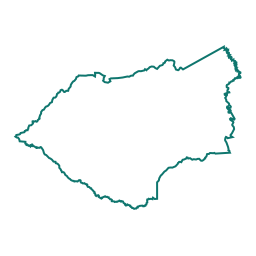 outline of Astrea, Cesar, Colombia
{"feature_id": "7082276B48671387332315", "entity_name": "Astrea", "entity_type": "district", "adm_level": 2, "iso_a3": "COL", "parent_name": "Colombia", "parent_adm1": "Cesar", "projection": "mercator", "projection_center": [-73.95, 9.507], "detail": "fine", "context": "isolated", "style": "outline", "palette": "teal", "viewbox_px": 256, "rotation_deg": 0, "n_neighbors": 0, "source": "geoboundaries", "source_scale": "gbopen_adm2", "svg_char_len": 5758}
<svg xmlns="http://www.w3.org/2000/svg" viewBox="0 0 256 256"><path d="M234.6,118.8L231.1,112.6L229.1,112.8L228.5,112.5L228.5,111.6L230.1,111.3L230.6,110.9L230.7,110.5L230.2,109.9L228.8,109.7L227.9,109.0L227.0,107.8L227.1,106.8L227.4,106.4L227.9,106.4L228.1,107.5L228.7,108.0L230.5,107.7L230.8,106.7L230.3,105.9L229.1,105.0L229.1,103.8L228.7,103.2L226.3,101.1L226.2,99.6L225.2,97.9L226.2,96.6L226.3,96.0L226.0,95.4L224.8,94.9L224.6,94.0L225.4,93.5L227.0,94.4L227.1,92.8L229.3,92.4L229.2,92.1L228.1,92.1L227.4,91.5L227.4,90.2L228.1,89.5L228.4,88.4L228.3,87.9L226.8,87.3L226.6,85.8L226.9,85.0L228.6,84.1L229.3,83.4L229.3,82.5L230.1,82.5L231.4,81.3L231.9,81.4L233.6,80.6L233.3,79.9L234.5,79.2L234.7,78.7L235.1,78.7L235.2,78.2L236.6,78.2L237.5,77.6L237.9,78.1L238.7,77.7L240.0,77.9L240.5,77.6L240.6,77.2L240.1,76.7L239.9,75.8L238.8,75.9L239.4,75.4L238.9,74.6L239.1,73.3L240.3,73.1L240.4,72.4L238.7,71.3L237.7,71.5L237.8,70.7L236.3,70.7L236.4,70.4L237.3,69.8L236.8,68.8L235.9,70.0L235.6,69.7L235.4,68.2L236.5,67.4L235.6,67.1L235.0,66.0L236.1,66.2L236.4,64.9L235.1,64.8L234.6,64.0L235.8,64.0L236.3,63.6L236.4,62.4L236.0,62.2L235.0,62.5L234.6,62.2L236.1,61.0L234.6,61.5L234.6,60.9L233.4,60.6L233.4,59.6L232.0,60.5L231.9,59.5L230.9,59.3L230.9,58.5L231.5,57.9L231.6,57.3L231.3,57.0L230.6,57.6L229.0,57.8L228.9,57.4L229.9,56.5L228.4,55.9L229.9,54.8L228.9,54.3L228.9,52.9L228.6,52.9L228.1,53.7L227.9,52.9L227.1,53.0L226.8,52.4L227.1,51.5L228.2,50.6L228.2,50.0L227.4,50.5L226.5,50.5L226.9,48.9L226.6,48.5L226.0,49.6L225.0,49.8L225.3,49.4L224.6,48.9L224.3,47.5L223.2,47.7L222.5,48.3L223.0,47.2L183.0,69.4L180.8,67.6L180.1,67.8L179.0,69.6L178.1,70.2L175.9,69.5L175.1,67.2L173.7,65.6L174.3,63.1L174.4,61.7L174.1,61.2L172.5,60.3L170.4,60.2L168.9,60.5L167.3,59.7L165.1,61.5L164.9,62.6L164.1,63.1L163.5,63.1L163.4,63.6L162.5,65.0L159.9,65.8L157.1,68.9L155.4,68.1L153.8,66.7L151.6,66.5L149.7,67.2L148.4,68.6L146.9,69.5L146.5,70.2L145.0,69.2L144.3,70.4L141.0,71.2L139.0,71.1L138.0,71.4L134.7,73.3L133.5,74.6L133.0,75.6L131.0,75.7L129.2,76.7L127.4,76.5L122.7,77.5L117.7,78.1L110.9,78.4L109.5,79.1L110.4,81.3L108.0,82.7L104.7,82.1L103.1,80.7L103.7,79.5L103.7,78.1L104.8,76.0L102.9,75.4L99.7,73.2L98.9,72.9L95.0,72.8L95.2,75.0L95.0,76.5L92.7,75.1L88.1,75.2L85.9,75.7L78.7,75.5L78.3,76.3L76.5,77.1L75.9,79.0L74.3,80.9L73.1,81.5L71.6,83.5L70.8,85.0L70.6,86.6L68.7,88.8L68.2,90.8L66.3,90.8L64.9,91.9L64.2,92.0L62.6,90.1L61.9,89.7L60.6,90.2L60.1,91.7L59.2,92.5L58.3,92.6L57.9,93.4L57.0,94.0L56.6,95.9L55.7,97.2L55.1,97.6L53.6,97.7L52.4,99.8L51.9,102.2L50.1,103.0L48.9,104.9L47.6,106.1L46.2,106.5L45.2,107.4L43.9,109.6L42.5,110.1L41.1,112.0L41.1,113.6L40.1,115.2L39.2,118.1L39.6,118.3L39.6,118.7L37.8,120.1L37.3,121.4L36.4,121.7L35.5,121.1L34.3,121.6L33.2,121.2L32.6,121.3L32.5,122.0L33.0,123.1L32.9,123.6L31.3,125.2L29.2,125.5L28.3,127.7L28.3,128.8L27.7,129.4L27.6,130.2L26.1,130.2L25.7,130.8L24.8,131.0L24.4,132.2L20.6,133.0L20.2,133.9L19.6,134.4L16.4,135.0L16.3,135.8L15.4,136.6L16.7,137.5L18.0,137.6L19.2,139.2L19.7,141.3L25.4,141.8L25.3,143.4L25.8,143.5L26.1,144.3L26.5,144.3L26.3,144.8L26.7,145.1L27.4,145.0L28.4,145.7L28.8,145.3L30.0,146.2L30.0,145.8L30.7,145.9L30.5,145.6L30.7,145.1L31.6,145.3L31.8,145.0L32.1,145.6L32.6,145.0L33.3,146.1L34.4,146.4L36.5,148.0L36.8,148.0L37.0,147.3L37.8,147.7L39.7,147.8L40.4,147.1L41.2,147.3L43.1,150.1L43.9,152.9L44.7,154.4L46.3,155.1L49.2,158.1L50.4,158.5L52.0,159.7L53.5,161.6L55.5,161.8L55.8,163.2L57.3,163.6L58.4,164.5L59.3,165.8L59.3,167.8L60.8,169.5L61.0,170.4L61.5,170.8L61.9,172.2L63.6,172.2L64.6,173.3L65.2,174.8L67.2,176.3L67.7,177.3L69.0,178.5L70.0,179.0L70.9,180.0L72.5,180.8L73.9,180.9L74.3,181.5L75.9,181.2L77.6,181.5L78.8,180.3L80.0,180.1L80.6,180.5L80.5,181.6L81.2,182.7L82.2,182.9L83.0,183.5L84.5,183.2L85.4,184.1L86.8,184.2L87.3,184.8L87.0,185.5L87.7,186.3L87.8,186.8L89.2,187.0L90.5,188.3L91.2,188.3L91.4,189.0L93.4,190.9L93.5,191.4L94.6,192.1L94.7,192.6L94.4,193.1L95.2,193.8L95.5,195.4L96.2,196.0L96.7,195.5L98.3,195.2L98.7,195.6L98.5,196.2L98.9,196.4L98.8,197.0L101.4,198.6L102.0,198.2L102.0,197.6L102.7,197.5L103.4,196.9L104.3,196.8L104.7,196.4L105.3,196.3L106.1,197.0L107.2,196.8L108.0,197.4L108.6,197.3L108.8,198.1L109.7,198.6L110.1,199.3L111.3,199.4L111.9,199.9L111.8,201.2L114.1,201.4L114.7,202.0L116.0,201.7L116.9,201.9L117.2,201.5L118.8,201.2L119.3,200.6L120.9,201.6L121.2,201.0L123.0,201.5L123.6,203.0L125.3,203.9L125.0,204.7L125.8,205.4L126.1,205.0L126.8,205.3L127.6,204.5L128.0,204.9L129.3,205.2L129.9,206.0L130.4,205.8L130.8,206.9L131.7,207.2L132.1,208.0L133.2,208.1L133.8,208.7L134.5,208.8L135.3,208.4L136.1,208.6L136.7,208.1L137.4,206.9L137.9,207.3L138.3,206.6L139.6,205.9L142.3,205.6L143.1,206.3L143.6,205.9L144.4,206.2L145.4,205.7L145.3,205.1L146.4,204.5L146.5,203.1L147.3,202.5L147.1,200.0L147.4,199.3L148.4,199.3L148.8,198.8L149.2,199.1L151.1,198.8L152.5,199.2L153.0,197.7L154.7,199.0L157.1,198.8L157.1,182.3L158.8,180.5L159.3,178.2L160.8,175.5L161.8,174.7L164.4,171.6L166.1,170.5L168.5,167.8L170.5,167.5L172.4,167.6L175.5,166.3L177.8,163.8L178.0,163.0L178.7,162.6L179.0,162.0L180.0,161.8L181.3,162.2L182.6,159.8L184.0,159.5L186.1,158.6L186.7,157.4L187.7,157.6L188.2,158.5L190.1,158.2L192.2,159.7L193.7,159.2L196.1,159.5L197.5,158.9L199.2,158.8L200.9,160.6L202.0,160.8L203.5,160.0L204.4,158.9L205.2,158.5L205.1,157.7L206.4,156.5L207.1,154.1L209.0,153.9L210.0,153.0L213.4,153.2L214.3,152.9L215.4,153.6L229.9,152.7L229.5,151.9L229.4,150.9L228.4,150.3L228.6,149.5L228.1,147.1L226.4,142.4L225.2,140.5L225.1,139.5L225.5,137.7L226.0,136.9L226.6,137.1L227.6,138.2L232.5,137.1L230.8,135.9L230.5,135.1L232.0,133.2L234.1,129.1L233.8,127.1L232.4,125.4L232.2,124.8L233.4,122.4L233.1,121.6L230.4,119.9L230.0,119.0L230.8,118.2L233.5,119.4L234.3,119.5L234.6,118.8Z" fill="none" stroke="#0f766e" stroke-width="2"/></svg>